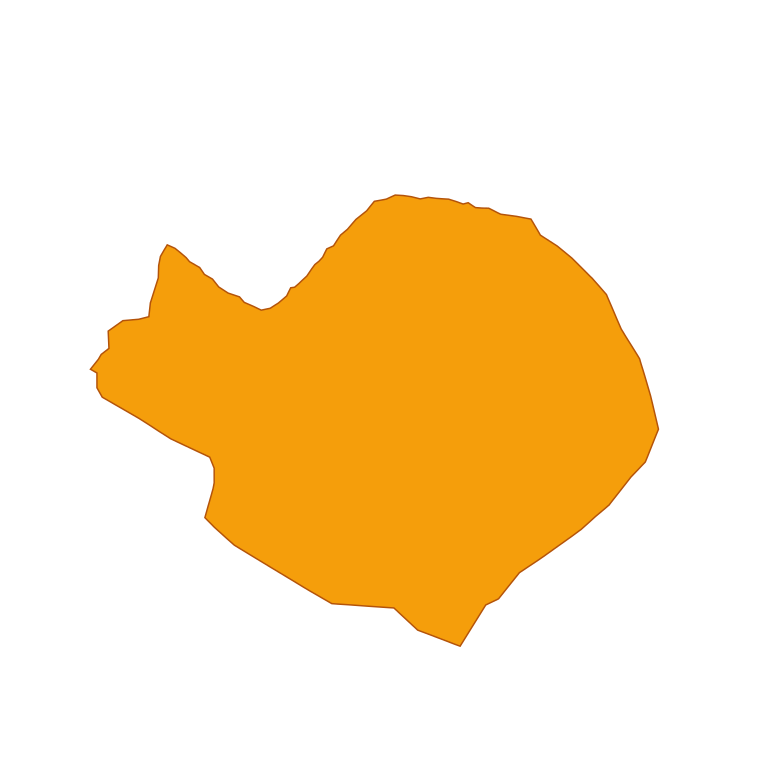 Ar Rashad, South Kordufan, Sudan, rotated 300°
{"feature_id": "16777658B6695424981162", "entity_name": "Ar Rashad", "entity_type": "district", "adm_level": 2, "iso_a3": "SDN", "parent_name": "Sudan", "parent_adm1": "South Kordufan", "projection": "orthographic", "projection_center": [31.122, 11.808], "detail": "fine", "context": "isolated", "style": "filled", "palette": "amber", "viewbox_px": 768, "rotation_deg": 300, "n_neighbors": 0, "source": "geoboundaries", "source_scale": "gbopen_adm2", "svg_char_len": 2763}
<svg xmlns="http://www.w3.org/2000/svg" viewBox="0 0 768 768"><g transform="rotate(300 384 384)"><path d="M396.1,126.7L394.3,126.7L390.6,126.6L386.2,126.6L382.7,126.6L374.0,129.6L363.0,135.5L338.5,140.9L337.5,141.1L324.7,146.7L321.4,143.3L317.4,139.2L314.0,134.3L313.2,133.2L308.3,126.2L291.9,118.7L277.3,128.0L268.2,124.3L262.7,124.3L254.0,123.0L250.0,122.4L250.0,129.9L237.2,137.3L231.7,146.6L231.7,161.5L231.7,189.5L231.6,190.7L231.3,198.6L230.5,213.0L229.9,226.8L231.2,242.6L232.5,257.9L233.5,269.7L226.2,279.0L214.1,286.0L213.4,286.4L208.2,288.2L207.9,288.3L201.7,289.9L193.3,292.0L190.8,292.6L185.0,294.1L178.7,295.7L175.1,308.8L173.9,314.4L171.6,325.1L169.6,334.9L169.4,342.1L168.6,377.9L168.2,398.5L167.8,416.5L167.7,424.4L167.7,448.6L170.1,453.6L174.9,463.3L183.6,481.3L193.1,500.7L195.0,504.5L194.2,508.1L193.4,511.4L192.2,516.6L188.9,531.0L187.7,536.2L188.5,541.1L191.2,557.6L194.1,575.9L195.0,581.0L213.5,581.6L243.5,582.6L255.2,590.6L269.3,592.7L288.3,595.6L295.4,599.1L309.8,606.2L313.6,608.0L314.8,608.6L317.5,609.8L330.7,615.8L339.9,620.0L345.8,622.7L354.1,626.3L356.5,627.4L368.1,631.2L375.0,633.4L387.1,637.8L390.9,639.1L391.5,639.4L394.0,639.7L399.0,640.4L408.7,641.8L420.7,643.5L423.5,643.9L426.6,644.3L430.3,645.2L437.6,647.0L441.4,647.9L447.1,649.3L453.0,648.5L472.1,645.7L482.1,644.3L500.7,626.8L507.1,620.7L516.2,611.2L522.0,605.1L526.4,600.4L529.8,596.7L531.9,594.5L533.2,593.2L533.7,592.6L535.7,589.0L541.3,578.5L544.4,572.6L547.2,567.4L548.4,565.3L549.4,563.4L550.3,561.8L552.9,558.3L556.3,553.7L565.2,541.9L570.4,534.9L572.7,531.9L574.6,526.3L576.4,521.1L578.7,514.2L579.7,511.3L580.3,508.7L581.2,505.4L583.1,498.4L587.0,483.7L589.1,471.1L589.9,466.2L590.1,464.9L590.2,462.8L590.9,448.6L591.0,446.9L591.1,445.0L593.3,441.2L597.9,433.1L600.3,428.8L598.2,422.9L595.5,415.1L592.2,407.0L590.7,403.4L589.4,400.2L589.1,396.4L588.9,391.9L588.6,386.8L585.5,381.2L582.5,375.0L582.7,371.3L583.1,366.3L579.4,362.5L578.2,355.7L576.4,347.6L573.8,342.4L570.9,336.4L567.8,329.0L562.4,322.8L559.9,314.1L556.9,306.6L553.2,299.2L549.3,296.4L545.3,293.6L542.1,289.9L537.4,284.3L531.3,283.3L525.3,282.4L518.4,279.7L512.5,277.4L506.8,276.3L499.7,275.0L491.2,271.9L484.8,271.5L478.4,271.2L472.4,266.9L467.4,267.2L463.2,267.5L457.8,266.3L452.9,264.4L447.4,263.8L444.4,263.6L438.9,263.2L431.8,261.0L428.6,260.1L423.1,258.2L420.7,255.1L415.7,255.4L411.6,255.7L407.9,254.4L404.8,253.3L401.2,252.0L398.0,250.3L392.7,247.6L390.3,244.9L386.6,240.8L386.3,237.0L386.0,232.7L385.5,228.1L384.8,222.2L386.0,218.7L387.2,215.3L386.3,210.9L384.8,203.5L385.4,192.3L387.0,188.3L389.1,183.0L389.1,178.5L389.1,173.7L392.7,166.2L392.7,161.0L392.7,154.4L394.5,149.5L395.8,142.6L397.0,135.2L396.6,131.1L396.1,126.7Z" fill="#f59e0b" stroke="#b45309" stroke-width="1.5"/></g></svg>